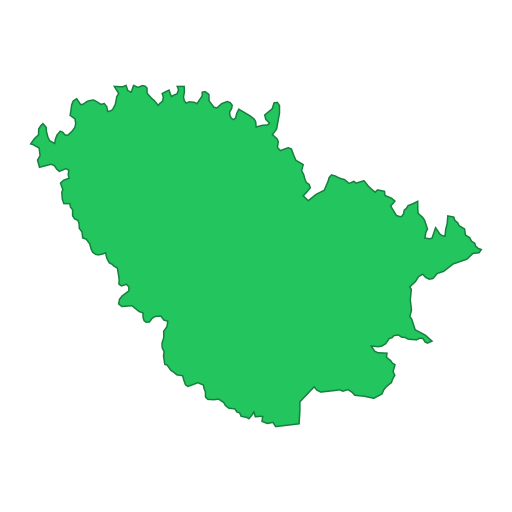 the district of Itacurubi, Rio Grande do Sul, Brazil
{"feature_id": "56859067B45448727576275", "entity_name": "Itacurubi", "entity_type": "district", "adm_level": 2, "iso_a3": "BRA", "parent_name": "Brazil", "parent_adm1": "Rio Grande do Sul", "projection": "equal_earth", "projection_center": [-55.272, -28.816], "detail": "fine", "context": "isolated", "style": "filled", "palette": "green", "viewbox_px": 512, "rotation_deg": 0, "n_neighbors": 0, "source": "geoboundaries", "source_scale": "gbopen_adm2", "svg_char_len": 4502}
<svg xmlns="http://www.w3.org/2000/svg" viewBox="0 0 512 512"><path d="M208.9,94.4L205.1,91.6L202.2,92.2L202.2,95.9L196.9,103.7L194.3,102.3L191.3,102.0L189.0,101.9L186.1,103.1L184.3,100.7L183.5,97.0L184.4,92.0L184.2,86.4L177.2,86.4L178.6,89.8L176.9,94.0L174.5,94.8L171.5,96.5L170.2,93.6L169.1,90.1L165.8,91.6L162.2,93.6L163.3,97.0L162.6,101.2L159.9,103.3L158.2,105.4L154.6,100.9L151.6,98.3L147.1,93.3L147.0,88.1L145.2,86.2L142.4,85.6L138.0,87.4L133.6,85.4L132.3,89.1L131.2,92.2L127.8,90.6L126.0,85.4L122.9,86.7L120.4,86.7L114.3,86.4L116.1,89.3L118.7,93.5L116.7,96.7L116.2,99.9L115.2,104.6L112.5,109.7L110.4,110.9L107.7,111.5L106.7,106.6L104.2,103.5L101.0,104.4L96.9,101.8L93.5,100.0L90.1,100.5L87.1,101.4L83.3,104.1L80.7,104.7L76.7,98.7L73.3,100.9L71.7,104.7L71.0,110.0L70.1,115.3L75.0,118.9L75.7,123.6L74.8,127.5L72.0,131.3L68.1,135.0L65.2,135.2L62.7,132.2L60.2,131.2L57.0,135.0L55.4,139.2L54.7,143.4L51.8,141.9L49.5,140.6L47.9,137.2L46.4,131.3L46.2,127.4L42.9,123.6L40.7,125.8L38.7,128.9L38.5,134.9L34.6,138.4L32.3,141.6L30.7,143.9L33.2,144.7L39.1,148.0L40.1,155.6L37.5,160.1L39.5,167.3L50.9,164.3L54.2,165.4L56.8,169.2L59.3,171.4L65.9,168.6L68.8,170.2L68.2,174.6L69.0,178.2L63.5,180.3L60.5,183.1L62.8,189.6L61.8,192.3L62.3,199.1L63.8,203.6L69.9,203.7L70.4,207.0L72.6,209.8L72.6,215.9L74.7,218.9L77.9,220.4L79.1,223.7L79.3,228.3L82.0,232.0L82.7,238.0L86.1,239.1L89.7,243.8L91.1,249.0L92.7,252.3L95.8,254.4L98.5,254.9L102.4,254.1L105.5,252.8L106.9,258.4L109.3,262.9L112.0,264.2L113.9,266.1L117.4,268.1L119.2,279.2L118.9,284.1L121.4,285.9L126.6,284.3L128.9,287.1L128.8,290.9L122.2,295.9L119.5,299.3L118.6,303.9L121.9,306.5L131.9,305.7L139.2,311.6L142.9,312.8L143.1,317.8L144.2,320.8L146.1,322.2L149.4,322.0L152.2,318.3L155.0,316.5L160.9,316.1L163.9,320.1L167.8,321.2L166.9,326.7L163.7,331.2L163.8,337.4L162.0,343.3L162.2,347.8L164.1,351.7L163.5,355.7L164.8,364.4L167.1,365.0L170.8,370.3L174.1,372.5L176.7,374.8L182.6,375.7L183.7,379.8L185.5,384.7L187.8,386.4L191.5,385.2L197.8,382.7L203.4,385.0L204.2,388.9L205.4,391.8L205.5,397.1L207.9,399.4L214.2,399.7L218.6,399.1L223.8,402.6L225.4,405.5L229.0,408.3L234.8,408.8L236.9,412.0L239.7,412.9L241.1,416.3L246.7,417.4L248.9,418.7L251.6,415.5L253.9,412.0L255.3,416.8L260.3,416.3L262.7,416.5L262.0,421.4L267.3,423.5L272.9,422.4L275.7,426.6L299.1,423.8L299.9,410.2L299.9,401.8L314.1,386.9L316.9,390.1L320.8,392.1L323.1,391.8L335.6,390.4L339.8,389.8L342.8,391.2L348.0,389.6L352.1,392.3L354.9,395.3L364.1,396.2L373.8,398.3L382.0,393.9L383.6,390.1L385.8,387.2L389.3,384.2L391.3,382.7L393.0,378.3L394.8,375.3L393.1,371.6L395.0,364.7L392.5,363.3L390.8,360.8L386.4,357.2L387.0,353.2L377.7,352.7L374.5,351.0L371.3,346.1L378.5,346.7L381.8,346.1L385.6,343.8L389.3,338.5L392.2,337.6L393.9,335.6L398.5,335.0L401.5,337.1L405.5,337.6L407.7,339.0L410.7,339.4L416.6,339.8L419.7,338.2L422.9,338.5L425.2,342.1L427.5,343.1L432.0,341.1L425.5,335.3L415.2,329.8L411.7,319.1L409.8,316.5L411.5,310.2L410.3,299.9L411.3,289.3L409.7,287.0L415.4,281.6L418.6,276.6L422.7,274.2L425.6,277.4L429.2,279.2L433.0,278.5L437.3,273.4L443.6,271.4L453.1,264.0L466.8,259.2L473.0,253.4L479.0,252.8L481.3,249.5L478.3,248.5L475.5,246.0L474.8,243.3L471.5,241.2L469.6,237.6L465.4,235.0L464.6,229.0L458.9,225.5L457.8,222.9L454.8,220.3L453.8,217.1L447.8,215.9L447.2,223.5L445.7,229.3L445.0,236.2L442.3,235.7L439.8,234.0L435.6,227.7L432.0,238.2L429.5,238.8L424.9,238.0L425.9,232.2L427.5,229.1L424.5,220.1L422.5,217.2L418.2,213.5L417.8,209.7L417.7,201.3L413.1,203.6L408.1,205.6L406.3,208.5L404.3,210.0L403.5,213.9L401.4,216.7L399.1,216.4L396.4,215.5L390.7,206.1L394.9,201.1L391.5,198.2L385.0,195.5L384.5,191.3L377.5,189.9L375.3,192.2L372.4,190.0L368.3,186.1L364.0,180.7L356.1,183.1L353.8,181.3L349.1,183.5L346.4,181.1L344.1,179.4L340.8,178.6L337.7,177.3L335.6,176.1L331.5,174.9L329.1,177.6L328.3,180.7L326.7,184.4L324.3,190.2L316.1,194.4L308.2,200.7L303.2,195.8L306.5,192.4L310.3,187.8L309.1,184.4L306.4,182.6L304.9,179.3L303.7,174.6L301.6,170.7L303.2,164.6L295.9,160.3L293.9,155.8L291.4,149.0L288.2,147.7L280.3,150.6L277.4,147.4L278.3,141.6L277.0,138.7L272.4,134.7L276.6,129.0L279.5,113.2L279.5,105.6L277.3,102.4L274.1,102.8L272.2,108.8L268.9,111.5L264.7,115.0L265.8,119.4L269.5,123.1L267.5,125.0L262.4,125.3L256.1,127.0L255.7,121.8L254.2,119.1L250.3,116.0L238.8,109.2L236.8,113.3L235.6,117.9L233.6,119.7L231.2,118.1L229.8,115.2L229.7,111.8L231.6,108.6L232.2,105.3L230.3,102.7L227.3,101.5L221.7,103.6L216.9,107.9L214.0,107.3L209.1,100.9L208.9,94.4Z" fill="#22c55e" stroke="#15803d" stroke-width="1.5"/></svg>